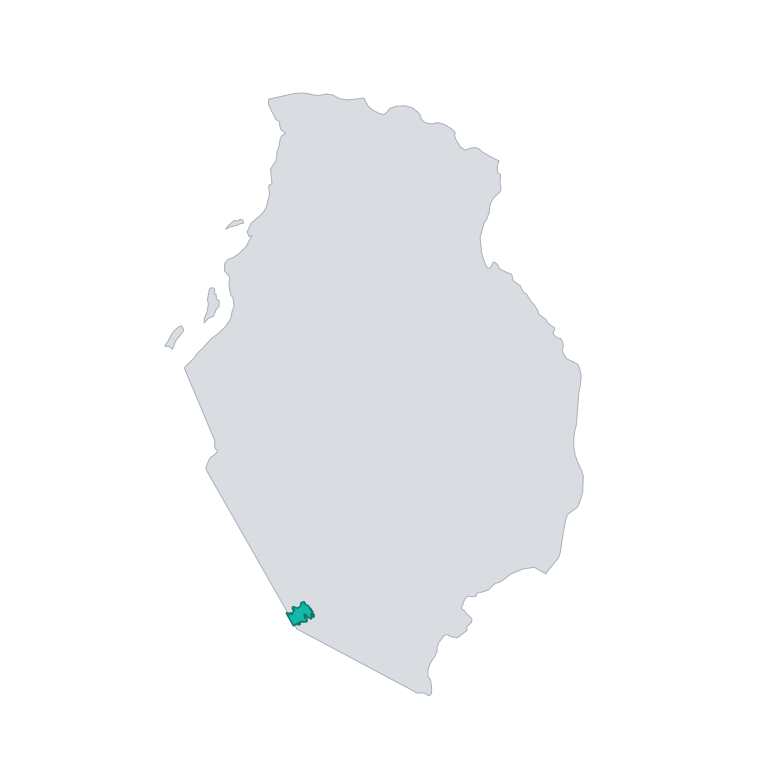 Rorya, Mara, United Republic of Tanzania shown in context, rotated 208°
{"feature_id": "72390352B17164070988815", "entity_name": "Rorya", "entity_type": "district", "adm_level": 2, "iso_a3": "TZA", "parent_name": "United Republic of Tanzania", "parent_adm1": "Mara", "projection": "robinson", "projection_center": [33.963, -1.299], "detail": "fine", "context": "in_parent", "style": "filled", "palette": "teal", "viewbox_px": 768, "rotation_deg": 208, "n_neighbors": 0, "source": "geoboundaries", "source_scale": "gbopen_adm2", "svg_char_len": 8507}
<svg xmlns="http://www.w3.org/2000/svg" viewBox="0 0 768 768"><g transform="rotate(208 384 384)"><path d="M301.0,530.6L294.1,526.5L287.8,524.0L282.7,521.2L280.4,518.5L275.6,517.5L271.5,517.1L267.6,514.5L259.7,513.6L258.8,512.0L258.7,508.2L257.3,507.3L254.4,506.3L251.3,506.4L249.4,506.9L248.3,506.6L245.7,504.5L243.4,501.7L242.4,497.3L238.8,494.4L234.6,492.1L223.1,492.4L221.2,491.7L218.5,489.5L215.2,485.7L212.6,481.5L210.4,475.8L208.0,468.0L194.6,437.1L193.3,431.2L190.7,424.7L186.4,416.8L181.9,410.9L175.7,405.5L168.8,400.2L165.0,396.6L157.9,382.0L156.4,375.2L155.3,368.1L155.7,365.3L160.2,356.2L160.6,353.6L160.0,350.1L157.8,342.9L155.0,334.1L149.3,318.1L148.5,314.0L148.6,311.0L151.9,294.7L151.8,292.4L165.2,292.7L174.9,285.6L183.4,275.0L185.0,270.5L188.5,263.7L191.9,260.3L193.2,257.9L195.1,251.1L199.6,246.5L203.9,242.9L203.0,240.4L203.6,239.5L206.0,237.7L210.6,236.0L211.5,232.5L211.5,228.4L210.7,226.1L210.9,223.5L210.2,222.1L207.1,221.7L202.7,219.7L198.9,218.9L196.4,217.7L195.4,216.8L195.0,214.4L197.1,208.1L195.0,205.6L199.7,195.3L200.5,194.0L202.2,193.8L204.9,192.7L207.4,192.2L209.4,192.6L210.9,192.2L212.2,191.0L213.3,187.5L214.2,181.7L213.7,176.9L211.8,173.2L211.2,167.6L212.1,160.1L211.5,153.8L209.3,148.8L207.1,145.8L203.8,144.4L198.5,136.7L196.9,133.0L197.2,130.7L199.0,129.8L202.4,130.1L205.5,129.2L208.5,127.1L211.3,126.5L212.8,126.8L345.8,126.8L501.1,225.0L501.8,226.2L503.0,234.6L502.7,237.5L500.3,242.4L499.6,244.9L499.6,246.7L500.2,247.4L502.2,247.6L504.0,248.8L504.6,249.7L505.9,253.4L507.6,255.2L566.6,303.4L567.9,304.1L567.1,308.1L563.7,317.9L563.5,322.0L562.2,326.8L561.0,330.0L557.5,343.8L554.7,349.0L550.7,361.0L550.1,370.3L552.2,376.8L553.0,382.8L557.5,388.8L561.2,390.9L563.6,393.6L568.0,399.8L570.4,406.1L578.2,409.1L581.3,416.1L580.2,420.9L576.6,424.9L573.1,431.4L570.4,439.8L570.3,452.8L572.1,450.8L576.3,454.0L576.8,463.5L572.4,474.7L571.1,479.8L570.9,484.3L574.0,497.6L578.6,504.4L578.3,506.5L577.0,508.3L585.0,520.3L584.3,530.7L587.3,538.8L588.6,545.8L590.6,551.2L590.9,555.0L588.5,559.1L594.3,560.1L597.7,563.5L599.3,566.7L603.6,566.6L605.8,568.8L609.1,570.6L616.4,576.0L618.3,578.8L619.5,581.4L599.4,598.5L592.1,602.9L586.9,604.9L581.4,606.1L576.1,608.8L571.1,613.0L564.8,615.1L557.0,615.1L548.9,618.1L536.1,626.9L528.6,622.0L522.8,620.5L516.1,620.6L512.0,621.3L510.5,622.3L509.2,625.3L508.1,630.2L503.7,635.0L496.0,639.5L488.8,641.2L482.3,640.1L477.9,638.2L475.6,635.5L472.3,634.3L467.8,634.5L463.5,636.4L459.4,640.0L452.8,641.5L443.8,641.0L439.0,639.3L438.4,636.4L434.4,632.9L427.2,628.9L421.9,628.8L418.5,632.7L415.4,635.1L412.6,636.0L410.1,636.1L406.4,635.1L396.5,634.7L387.1,634.9L386.2,629.4L384.2,626.0L382.5,624.0L379.3,623.5L378.4,622.0L377.3,618.5L375.7,615.6L373.6,613.2L372.3,611.0L371.9,608.9L372.2,606.6L374.2,601.0L374.8,597.1L374.6,593.2L373.5,589.1L371.3,584.3L371.5,582.9L370.8,579.6L370.7,577.3L371.1,574.4L370.7,570.6L368.8,562.6L368.8,560.5L366.8,556.6L360.5,547.4L360.2,546.2L350.4,536.9L346.5,534.8L345.0,536.6L344.5,538.2L344.9,541.2L344.7,542.6L344.3,543.3L342.0,543.2L340.5,542.9L336.8,540.4L333.9,539.8L326.7,540.2L324.2,540.8L322.2,540.2L318.4,536.0L313.9,535.1L309.9,534.8L303.3,530.0L301.0,530.6ZM579.4,375.3L582.6,385.5L582.2,387.4L579.9,388.6L578.7,388.7L577.3,387.1L576.3,383.6L574.5,384.5L571.6,380.3L568.6,380.1L566.1,375.2L567.1,370.9L566.5,363.6L569.7,359.9L571.5,353.6L573.5,357.9L574.0,364.6L576.7,372.5L579.4,375.3ZM595.2,314.4L595.4,316.8L594.8,319.1L594.9,326.3L594.6,331.2L592.2,337.8L590.2,340.2L588.4,339.5L587.0,338.4L585.9,336.6L588.2,324.3L587.1,315.4L591.6,316.2L595.2,314.4ZM588.2,461.9L585.9,462.5L585.0,461.9L583.6,459.9L586.1,458.2L588.4,454.9L594.0,450.0L596.5,446.1L596.1,449.9L593.0,458.2L590.3,458.8L588.2,461.9Z" fill="#d9dde1" stroke="#a8b0b8" stroke-width="1"/><path d="M353.7,150.6L353.8,150.1L353.6,149.6L353.6,149.3L353.7,148.9L353.9,148.4L354.0,147.5L354.1,147.3L354.4,147.1L354.5,146.9L354.6,146.1L355.4,145.5L355.5,145.5L355.9,145.5L356.1,145.5L356.5,145.1L357.0,145.0L358.3,145.2L358.9,145.1L359.6,144.6L360.0,144.2L360.0,143.9L360.0,143.6L360.0,143.4L359.9,143.2L359.7,143.1L359.6,142.7L359.4,142.6L359.2,142.5L359.1,142.4L358.8,142.3L358.8,142.8L358.2,143.0L357.9,143.1L357.6,142.7L357.3,142.3L357.0,142.1L356.9,142.1L357.0,142.0L357.4,142.0L357.5,142.0L357.8,142.0L357.9,141.9L357.8,141.4L357.7,141.1L357.4,140.5L357.2,139.5L357.0,139.2L357.2,138.8L357.6,138.5L357.6,138.3L357.4,138.1L357.0,137.8L356.8,137.5L357.1,137.5L357.7,137.6L357.9,137.5L358.1,137.5L358.3,137.6L358.6,138.0L359.1,138.1L359.2,137.9L359.2,137.2L359.4,136.5L359.3,136.0L359.3,135.9L360.2,136.7L361.1,136.9L361.6,136.6L362.4,136.4L362.5,136.2L362.6,135.7L350.6,128.0L350.4,128.1L350.4,128.3L350.2,128.4L349.9,128.4L349.9,128.8L350.0,128.9L350.0,129.5L349.8,129.8L349.5,129.8L349.4,129.8L349.4,130.0L349.3,130.4L349.1,130.5L349.0,130.4L348.9,130.4L348.9,130.6L348.8,130.9L348.6,131.2L348.5,131.3L348.4,131.3L348.4,131.2L348.1,131.2L348.0,130.9L347.8,131.1L347.9,131.7L347.7,132.0L347.4,131.6L347.1,131.8L347.1,131.6L347.1,131.8L347.0,131.7L347.1,131.3L347.0,131.1L346.8,131.2L346.8,131.3L346.7,131.4L346.6,131.7L346.6,131.9L346.5,132.0L346.3,132.0L346.2,132.0L346.3,131.6L346.2,131.5L345.7,131.8L345.4,131.8L345.4,132.0L345.5,132.1L345.4,132.4L345.3,132.6L345.7,132.8L345.8,132.7L346.0,132.8L346.2,132.7L346.3,132.9L346.5,132.7L347.0,132.9L347.0,133.2L347.0,133.4L346.9,133.5L346.6,133.6L346.6,133.8L346.4,133.8L346.3,134.2L346.2,134.6L346.1,134.8L345.9,134.7L345.5,134.9L345.4,134.8L345.3,134.7L345.2,135.0L345.2,135.3L345.2,135.5L344.8,135.8L344.6,135.6L344.3,135.7L344.0,136.1L343.8,136.1L343.5,136.2L343.3,136.1L343.1,136.6L342.9,136.7L342.7,136.7L342.4,136.6L342.3,136.8L342.1,136.8L341.9,137.2L341.7,137.2L341.4,137.3L341.5,137.5L341.4,137.8L341.2,137.8L341.3,138.0L341.2,138.2L341.1,138.3L341.3,138.6L341.0,138.8L340.8,138.7L340.7,138.8L341.0,138.9L341.1,139.0L341.0,139.4L340.9,139.4L341.0,139.4L341.0,139.6L341.3,139.7L341.7,139.9L341.8,139.8L342.0,139.9L342.1,140.1L342.2,140.5L342.3,140.7L342.5,140.7L342.8,140.7L343.1,140.8L343.2,140.7L343.4,140.8L343.5,140.8L343.6,140.6L343.8,140.7L344.0,140.5L344.1,140.9L343.9,141.0L344.1,141.3L344.6,141.1L344.6,141.3L344.8,141.4L344.9,142.0L345.1,142.1L345.3,142.1L345.2,142.1L345.3,142.3L345.6,142.2L345.7,142.4L345.9,142.4L346.0,142.5L345.8,142.7L345.8,142.8L346.0,143.0L346.0,143.3L345.8,143.4L345.8,143.6L345.7,143.6L345.8,143.4L345.7,143.4L345.4,143.3L344.9,142.9L344.5,142.9L344.2,143.4L344.0,143.5L343.9,143.4L344.0,143.5L343.9,143.4L344.0,143.2L344.0,142.9L343.7,142.8L343.6,142.7L343.5,142.8L343.3,143.0L342.7,142.6L342.5,142.4L342.4,142.4L342.2,142.4L341.7,142.2L341.6,142.3L341.4,142.3L341.3,142.1L341.1,142.2L341.1,142.3L340.9,142.4L340.8,142.5L340.6,142.4L340.7,142.1L340.6,142.3L340.4,142.3L340.2,142.2L339.8,142.5L339.3,142.7L339.1,142.7L338.7,142.5L338.6,142.4L338.5,142.5L338.1,142.4L338.1,142.5L337.9,143.1L338.0,143.7L338.3,143.8L338.5,143.6L338.7,143.9L338.6,144.1L338.8,144.5L338.9,144.8L339.0,144.9L339.4,144.9L339.4,145.1L339.1,145.4L339.0,145.6L339.6,145.4L339.6,145.5L339.8,145.6L340.4,145.8L340.5,145.9L340.4,146.2L340.2,146.4L340.0,146.5L339.3,146.3L339.0,146.7L338.9,146.6L338.8,146.3L338.9,146.0L338.5,145.8L338.4,145.4L338.2,145.6L338.0,145.8L337.9,145.7L337.7,145.9L337.3,146.1L337.2,146.4L337.3,146.5L337.3,146.9L337.4,147.0L337.5,147.5L337.7,147.8L338.4,147.9L338.6,147.7L338.8,147.6L338.9,147.8L339.2,147.8L339.4,147.6L339.6,147.3L339.9,147.4L340.4,147.8L340.5,148.4L340.5,148.5L340.3,148.7L340.7,148.8L340.8,149.5L341.2,149.8L341.2,150.1L341.3,150.1L341.5,149.7L341.8,149.6L342.0,149.9L342.1,150.2L342.2,150.4L342.1,150.7L342.2,150.9L342.3,151.0L342.5,151.0L342.8,150.7L343.3,150.4L343.5,150.3L344.0,150.5L344.2,150.8L343.8,151.1L343.8,151.3L344.0,151.3L344.5,151.6L344.8,151.7L345.2,151.8L345.8,152.2L346.1,152.5L346.3,152.6L346.8,152.6L347.3,152.6L348.1,152.7L348.3,152.5L348.6,152.4L348.8,152.2L349.0,152.2L349.9,152.6L350.0,152.8L350.3,153.1L350.7,153.3L350.9,153.5L351.1,153.4L351.1,153.6L351.4,153.7L351.8,153.9L352.3,154.1L352.5,154.2L353.1,153.4L353.8,152.9L354.0,152.6L353.9,152.4L354.0,152.1L354.2,151.9L354.4,151.8L354.5,151.6L354.3,151.4L354.3,151.1L354.1,151.1L353.9,151.0L353.9,150.7L353.7,150.6ZM337.0,144.9L336.9,144.9L336.6,145.1L336.6,145.4L336.9,145.5L337.1,145.4L337.2,145.2L337.0,144.9ZM337.1,145.9L336.9,145.9L336.7,146.0L336.7,146.3L336.8,146.3L336.9,146.2L337.0,146.1L336.9,146.0L337.1,145.9L337.1,145.9ZM340.4,149.3L340.2,149.2L340.1,149.3L340.4,149.3Z" fill="#14b8a6" stroke="#0f766e" stroke-width="1.5"/></g></svg>